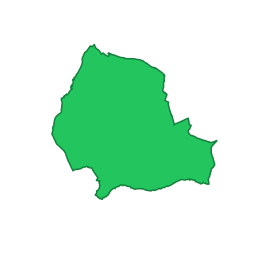 Loamnes, Sibiu, Romania, rotated 59°
{"feature_id": "2599482B40985345258725", "entity_name": "Loamnes", "entity_type": "district", "adm_level": 2, "iso_a3": "ROU", "parent_name": "Romania", "parent_adm1": "Sibiu", "projection": "albers", "projection_center": [24.042, 45.956], "detail": "fine", "context": "isolated", "style": "filled", "palette": "green", "viewbox_px": 256, "rotation_deg": 59, "n_neighbors": 0, "source": "geoboundaries", "source_scale": "gbopen_adm2", "svg_char_len": 5740}
<svg xmlns="http://www.w3.org/2000/svg" viewBox="0 0 256 256"><g transform="rotate(59 128 128)"><path d="M174.9,187.6L175.8,186.9L175.8,186.7L175.6,186.2L175.0,185.5L174.9,185.3L175.0,184.6L175.4,184.4L175.3,183.9L175.4,183.4L175.3,182.9L175.6,181.9L175.4,181.7L175.5,181.4L175.3,181.1L175.0,180.0L175.1,179.5L174.9,179.0L174.6,178.6L174.5,178.0L173.7,177.4L173.5,176.6L172.8,174.8L172.5,173.7L172.3,172.6L172.4,171.2L172.8,170.7L173.2,170.3L172.5,168.4L172.6,167.8L173.1,166.7L173.3,166.0L173.2,165.5L172.9,165.0L173.2,164.3L173.1,163.5L173.2,163.1L173.8,162.4L174.1,162.3L174.5,162.5L174.6,162.4L174.7,161.8L175.0,160.8L175.3,160.2L178.2,158.1L178.4,157.7L178.9,156.7L179.3,156.4L179.8,156.1L180.6,156.3L181.0,156.2L181.7,155.2L182.3,154.8L182.7,154.7L183.6,154.0L184.3,153.1L184.3,152.4L185.1,151.2L185.1,150.6L185.8,149.7L186.0,149.1L186.6,148.3L186.8,148.2L186.8,147.9L187.5,147.3L187.8,146.6L188.4,146.1L190.7,144.5L191.4,143.4L192.3,142.6L193.8,140.5L193.8,138.9L193.9,138.6L194.3,138.3L194.9,137.9L195.0,137.8L195.1,137.4L195.1,137.0L195.5,136.1L195.8,134.6L195.6,133.4L195.8,132.5L195.9,132.2L196.1,132.1L196.7,132.1L196.8,132.0L197.0,131.1L196.9,129.7L197.7,127.4L197.8,124.9L198.5,123.7L199.0,121.3L198.9,114.4L199.2,112.3L199.5,110.4L199.4,109.3L199.7,108.6L201.6,106.4L202.2,105.5L202.2,104.8L202.8,103.5L202.7,103.4L202.7,103.0L203.3,101.8L203.5,101.6L203.8,101.7L204.0,102.1L204.3,102.1L204.5,101.7L204.6,101.0L204.5,100.9L204.6,100.7L204.6,100.1L205.3,99.6L205.5,99.6L205.9,99.1L206.4,98.8L206.6,98.5L207.0,97.6L207.7,97.5L208.5,97.8L208.9,97.7L209.7,96.6L210.7,96.2L211.6,95.5L211.6,95.3L212.1,94.9L213.0,94.8L213.6,93.9L213.6,92.6L213.4,91.8L213.5,91.5L214.2,91.3L215.7,89.9L216.5,89.5L216.7,89.1L217.1,88.7L217.4,87.9L217.7,87.7L216.8,87.0L214.6,86.2L213.5,85.7L212.5,84.7L212.2,84.4L211.7,83.2L211.1,82.5L210.3,82.1L209.9,81.6L209.8,81.2L209.4,80.8L209.2,80.5L208.9,80.3L208.3,80.1L208.2,79.8L207.9,79.5L207.9,79.2L207.2,78.8L207.1,78.6L206.2,77.9L205.7,77.1L205.8,76.7L205.7,76.3L205.7,75.6L205.5,74.9L205.0,74.3L204.6,73.2L204.0,72.6L203.4,72.3L201.6,71.8L199.1,71.2L197.7,70.7L197.4,70.5L196.7,70.5L195.0,70.3L193.9,69.8L192.0,69.4L190.5,68.5L190.2,68.5L190.0,68.4L190.4,68.4L189.5,67.7L188.3,67.3L188.2,67.0L187.8,66.8L187.7,66.4L186.8,65.7L184.8,58.6L184.4,58.7L183.9,62.2L183.3,64.2L182.2,65.3L176.6,70.2L176.1,70.8L174.4,72.0L172.8,73.5L171.6,74.3L170.3,74.9L169.3,75.7L168.6,76.0L168.3,76.4L167.6,76.9L167.0,77.6L165.5,78.4L164.7,78.6L161.7,78.1L161.1,77.4L160.8,76.0L158.3,72.6L157.9,72.9L156.9,73.5L156.1,73.5L154.5,72.8L150.7,71.4L150.3,73.1L150.2,75.0L149.7,79.8L148.8,86.0L148.8,86.7L148.6,86.5L147.2,86.0L139.5,83.9L139.1,83.9L139.0,84.3L138.8,84.1L135.6,83.3L134.4,83.2L132.5,82.5L132.1,82.5L128.7,81.4L127.5,80.6L126.8,79.9L125.3,81.0L123.3,82.1L119.4,77.4L118.1,77.6L117.4,77.8L117.7,78.2L117.7,78.3L117.1,78.7L116.5,78.7L116.1,78.5L115.2,78.8L113.9,78.9L113.0,78.5L111.7,76.8L109.6,75.4L107.2,74.1L106.9,73.0L106.8,72.9L102.8,70.8L102.7,70.6L102.5,69.9L102.3,69.7L102.1,69.7L101.2,70.1L100.9,69.8L100.6,69.5L100.4,69.7L96.6,70.9L94.4,72.0L93.3,72.3L90.3,73.8L90.6,74.2L89.3,74.8L88.7,75.7L86.5,77.0L82.5,78.5L80.4,79.8L78.5,80.4L76.7,81.8L75.2,83.2L73.9,85.0L71.7,87.3L69.2,91.2L68.9,92.0L68.5,92.7L67.6,93.7L67.2,94.5L66.3,94.8L63.9,97.7L62.9,98.7L57.7,102.9L57.0,103.8L53.7,105.9L54.1,106.8L55.6,105.9L56.4,108.3L54.2,109.5L52.8,110.1L50.9,110.8L51.0,111.5L50.8,112.8L50.3,112.6L46.1,113.0L45.8,113.3L45.3,113.4L44.1,114.1L42.8,114.4L41.0,114.3L39.3,113.9L39.2,114.2L39.2,114.6L39.3,115.0L39.5,115.4L39.6,115.5L39.7,115.9L39.7,116.6L39.8,117.2L38.3,117.9L38.7,119.1L40.6,123.3L40.8,124.1L41.0,125.7L41.1,126.3L41.6,126.9L42.3,128.1L45.0,131.6L45.5,131.9L48.3,133.2L50.7,136.0L52.1,138.0L54.8,142.5L55.1,142.8L55.4,144.4L56.8,146.2L56.8,146.6L57.1,146.9L57.1,147.4L57.0,148.2L58.4,148.9L58.0,149.0L57.6,149.0L57.9,149.1L57.9,149.3L58.0,149.9L58.1,150.1L58.1,150.5L60.4,151.3L61.1,151.8L62.0,152.8L62.0,153.7L62.4,154.4L63.0,153.9L63.3,154.2L63.6,155.0L63.0,155.4L63.6,156.0L64.1,155.9L64.3,156.2L64.7,156.4L64.9,155.6L65.3,155.5L65.8,156.3L65.8,157.1L66.0,157.7L67.0,160.3L67.5,160.4L68.0,161.8L68.1,162.5L68.1,163.4L67.3,163.4L67.7,165.1L67.7,166.2L67.8,166.7L68.6,166.7L68.3,169.8L69.0,170.1L69.0,170.3L70.1,170.8L70.3,170.8L72.3,171.4L72.9,171.7L74.7,173.1L74.8,173.4L74.9,173.5L75.3,173.5L75.7,173.9L77.0,174.5L77.2,174.9L77.3,175.0L77.5,175.3L77.6,175.6L77.8,175.7L78.0,175.9L79.8,176.6L80.2,177.5L80.5,178.6L80.5,179.0L80.4,179.6L80.5,179.9L80.5,180.9L81.2,183.6L81.6,184.5L82.2,185.5L82.7,186.0L83.7,187.2L84.4,187.7L86.0,189.2L88.1,190.4L88.1,190.5L88.0,191.3L88.3,191.7L89.7,192.8L90.6,193.1L91.3,193.5L92.6,195.0L93.9,196.0L94.0,196.3L94.4,196.4L96.0,196.4L98.5,196.7L99.0,196.9L100.6,196.9L104.8,197.4L108.6,196.2L112.6,195.2L114.1,194.7L117.1,194.5L117.6,194.5L119.4,195.1L120.5,195.2L124.8,196.2L128.6,196.4L134.1,197.1L135.0,196.9L135.3,197.0L135.9,196.9L136.0,197.1L136.3,197.1L136.2,195.4L136.4,194.8L136.7,194.2L136.8,193.6L137.3,193.0L137.5,192.6L137.6,192.0L137.9,191.0L138.4,190.3L138.5,187.6L138.7,186.3L139.2,184.9L139.6,183.9L139.7,183.5L139.7,182.9L140.3,182.6L140.7,182.7L140.9,182.5L140.8,182.3L141.3,182.1L141.2,181.6L141.3,181.5L142.0,181.7L142.5,181.1L143.3,180.3L143.7,179.6L146.2,179.9L153.6,179.6L155.2,179.3L156.1,181.2L156.5,181.8L156.7,182.0L157.3,181.5L158.8,179.5L159.2,179.8L159.2,180.4L159.5,180.7L162.2,181.5L162.6,182.0L164.2,182.8L164.5,183.1L164.7,183.3L164.6,183.5L165.4,185.0L166.0,186.0L166.0,186.5L165.8,187.2L166.0,187.4L167.2,188.1L168.4,189.3L168.2,189.9L168.2,190.1L168.5,190.4L168.9,190.5L169.3,190.2L170.1,189.7L172.0,189.1L172.0,189.3L174.0,188.6L174.1,188.4L174.2,187.9L174.9,187.6Z" fill="#22c55e" stroke="#15803d" stroke-width="1.5"/></g></svg>